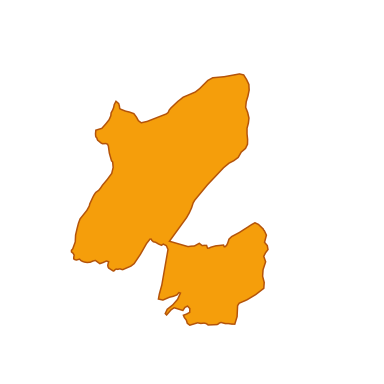 the Region of Manyara, rotated 217°
{"feature_id": "TZA-3392", "entity_name": "Manyara", "entity_type": "Region", "adm_level": 1, "iso_a3": "TZA", "parent_name": "United Republic of Tanzania", "parent_adm1": "", "projection": "equal_earth", "projection_center": [36.5, -4.726], "detail": "fine", "context": "isolated", "style": "filled", "palette": "amber", "viewbox_px": 384, "rotation_deg": 217, "n_neighbors": 0, "source": "natural_earth", "source_scale": "10m", "svg_char_len": 2746}
<svg xmlns="http://www.w3.org/2000/svg" viewBox="0 0 384 384"><g transform="rotate(217 192 192)"><path d="M235.6,303.5L225.1,314.9L221.2,316.6L216.2,314.7L211.3,312.1L207.7,307.8L205.1,302.4L203.0,296.7L200.1,291.9L195.4,289.0L191.0,285.3L188.4,280.9L186.4,276.0L183.0,271.5L179.2,267.4L176.4,263.5L175.5,259.0L176.7,253.5L175.9,247.4L177.5,242.1L179.8,237.3L181.4,230.5L184.0,207.0L184.9,187.1L184.5,183.9L182.8,179.0L181.6,173.6L180.9,168.1L180.4,139.1L162.3,146.0L160.1,148.2L158.3,149.7L157.5,150.5L155.3,155.4L151.7,155.3L149.9,156.9L148.2,158.1L146.9,157.2L145.7,156.5L144.5,157.6L143.7,159.3L140.6,163.3L134.9,168.6L133.3,167.7L132.7,168.2L132.3,170.0L132.5,171.6L132.9,173.2L134.1,176.6L133.5,180.3L129.8,188.2L124.8,201.8L123.2,205.3L119.4,206.1L112.8,205.3L111.9,204.7L110.9,204.6L106.6,202.3L103.8,195.5L99.6,194.5L96.7,191.8L96.7,187.7L96.0,183.8L91.2,180.6L88.5,172.7L84.9,167.2L79.9,163.2L76.7,158.3L79.4,148.4L83.2,139.0L87.4,131.6L87.2,128.7L81.0,119.6L78.3,112.2L80.8,110.4L83.6,108.9L86.1,107.0L90.3,105.3L91.3,103.8L91.6,102.4L92.2,101.2L99.1,95.5L101.4,95.5L103.4,94.6L105.9,92.3L108.8,90.9L113.6,84.3L116.7,84.3L119.5,86.3L122.5,87.1L124.7,88.4L122.9,91.2L121.4,94.5L123.6,97.6L126.9,98.2L128.2,95.6L128.0,91.9L136.6,88.8L137.8,85.3L138.3,78.5L140.2,78.8L141.2,83.4L139.4,90.5L138.9,97.6L140.4,104.3L141.9,103.8L142.1,100.8L144.1,97.5L146.6,94.5L150.2,88.2L154.4,86.3L156.7,90.9L160.2,99.7L176.6,131.7L180.2,133.7L183.6,133.1L184.3,131.1L187.5,130.3L190.9,129.9L192.9,129.0L195.0,129.2L196.2,129.8L197.2,129.1L197.3,123.5L195.7,111.1L195.1,100.0L196.2,96.0L200.6,88.3L201.9,87.7L203.3,87.3L204.8,85.5L206.2,84.8L206.8,83.2L206.8,82.2L207.3,81.5L212.6,81.1L213.9,81.6L215.2,82.8L216.6,86.1L218.8,85.4L220.6,82.1L222.5,79.3L228.0,79.2L229.6,77.2L231.0,74.7L233.3,72.6L235.8,71.3L237.6,70.7L239.4,70.4L241.4,70.7L243.4,68.1L244.8,67.5L246.2,67.4L247.2,68.8L248.1,70.6L250.1,71.5L252.2,71.6L253.2,72.9L253.0,74.7L255.2,81.9L259.1,87.6L261.8,93.7L263.9,98.8L265.2,103.2L264.9,114.0L265.6,119.0L266.5,121.0L268.1,128.4L268.5,131.0L268.6,133.7L267.5,137.3L267.4,140.4L267.6,143.5L267.2,151.1L267.3,158.5L269.7,164.1L273.4,168.2L275.1,168.5L281.4,173.3L286.5,178.4L288.2,179.3L289.9,178.9L292.5,176.7L294.2,176.4L298.5,176.6L299.5,177.1L300.3,177.8L301.7,178.1L302.5,178.6L304.1,180.4L306.0,183.5L302.3,188.6L301.8,195.1L301.7,199.8L302.7,204.0L304.2,206.5L304.7,209.7L305.5,212.5L306.7,215.0L307.3,218.7L303.8,218.5L301.8,217.0L299.9,215.1L298.7,215.2L293.7,216.6L290.1,218.2L285.6,219.6L281.3,218.3L277.8,216.7L274.2,216.7L270.2,221.5L259.5,238.9L258.9,241.1L259.5,243.7L259.4,246.5L257.8,255.9L256.1,262.4L249.5,273.9L248.1,279.2L246.5,290.6L244.2,295.7L235.6,303.5Z" fill="#f59e0b" stroke="#b45309" stroke-width="1.5"/></g></svg>